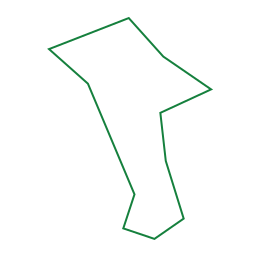 Mariehamn, Equal Earth projection, rotated 2°
{"feature_id": "ALD-4817", "entity_name": "Mariehamn", "entity_type": "state/province", "adm_level": 1, "iso_a3": "ALA", "parent_name": "Aland", "parent_adm1": "", "projection": "equal_earth", "projection_center": [19.945, 60.079], "detail": "fine", "context": "isolated", "style": "outline", "palette": "green", "viewbox_px": 256, "rotation_deg": 2, "n_neighbors": 0, "source": "natural_earth", "source_scale": "10m", "svg_char_len": 300}
<svg xmlns="http://www.w3.org/2000/svg" viewBox="0 0 256 256"><g transform="rotate(2 128 128)"><path d="M209.7,86.5L159.8,111.7L166.9,159.6L186.8,216.6L158.3,237.9L126.8,228.5L136.8,194.1L86.4,85.1L46.3,51.9L124.9,18.1L160.8,55.4L209.7,86.5Z" fill="none" stroke="#15803d" stroke-width="2"/></g></svg>